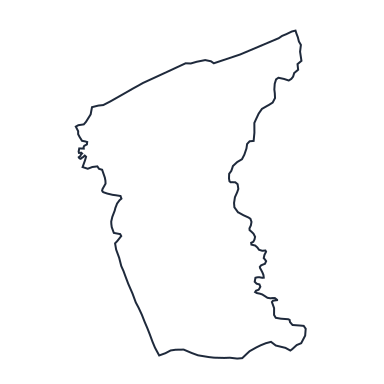 the district of Ekeremor, Bayelsa, Nigeria, rotated 92°
{"feature_id": "59680162B22876202690460", "entity_name": "Ekeremor", "entity_type": "district", "adm_level": 2, "iso_a3": "NGA", "parent_name": "Nigeria", "parent_adm1": "Bayelsa", "projection": "orthographic", "projection_center": [5.719, 4.944], "detail": "fine", "context": "isolated", "style": "outline", "palette": "slate", "viewbox_px": 384, "rotation_deg": 92, "n_neighbors": 0, "source": "geoboundaries", "source_scale": "gbopen_adm2", "svg_char_len": 3205}
<svg xmlns="http://www.w3.org/2000/svg" viewBox="0 0 384 384"><g transform="rotate(92 192 192)"><path d="M356.5,219.1L354.1,213.1L353.5,212.0L351.1,207.8L350.2,202.8L349.8,194.8L352.9,186.7L355.0,180.3L356.4,169.3L356.8,164.1L356.7,153.9L356.3,148.4L356.9,141.0L356.3,136.0L351.7,131.5L349.1,128.9L345.1,122.3L342.7,117.8L340.8,113.5L340.6,113.1L339.0,107.8L342.5,102.9L344.5,93.2L347.0,88.2L345.7,86.5L341.3,82.0L339.3,77.6L331.6,73.9L324.7,73.6L321.9,75.7L321.7,78.9L321.4,86.9L318.6,89.5L316.4,90.0L315.8,91.4L315.5,98.9L314.8,103.9L312.0,105.7L305.2,105.9L299.2,108.3L297.8,107.3L297.1,103.2L296.8,103.2L295.1,105.5L295.2,108.1L295.5,109.8L295.1,112.9L293.4,115.7L291.9,118.3L291.1,121.1L291.1,121.5L290.7,123.8L289.9,125.2L289.8,125.4L288.4,124.6L287.7,122.8L287.3,122.0L286.9,121.7L284.3,120.4L282.0,121.4L281.4,124.2L279.5,126.2L275.5,125.6L275.0,123.9L274.8,121.9L275.3,118.7L275.1,117.3L272.5,117.7L270.0,118.8L267.3,120.3L265.7,121.3L265.2,121.4L264.5,121.6L262.9,120.4L261.8,118.0L261.2,116.6L258.5,115.5L256.6,117.0L255.6,118.0L252.3,117.4L249.1,115.9L247.9,116.6L248.3,119.7L247.4,123.0L245.2,124.7L243.3,127.0L242.5,130.8L240.7,131.1L239.6,129.0L237.3,127.9L234.6,127.4L231.5,129.1L229.6,131.2L228.1,133.1L226.3,133.3L223.3,132.0L219.8,131.5L216.7,132.7L215.5,134.7L213.4,139.8L210.7,145.1L210.7,145.3L205.8,149.1L201.5,149.6L195.7,148.9L190.8,146.9L187.3,145.8L182.6,146.7L181.0,148.8L180.8,149.0L180.8,151.7L180.9,153.7L180.0,154.9L177.2,155.5L172.5,155.5L169.6,153.5L167.1,152.7L164.6,152.0L160.5,147.9L157.5,143.2L152.9,141.0L146.6,139.1L142.1,138.6L139.3,136.2L138.8,132.2L130.6,131.7L120.8,132.1L117.4,130.7L111.3,128.1L106.5,125.0L103.0,119.4L102.6,118.6L99.8,114.5L95.2,112.3L90.4,112.7L86.6,113.3L80.9,113.1L76.5,111.9L74.8,109.6L75.8,104.0L77.2,99.2L75.5,96.7L73.2,95.0L69.5,94.0L66.1,90.2L60.5,91.0L57.1,87.2L48.0,88.9L41.2,88.3L37.9,90.4L33.7,91.6L29.9,93.2L27.1,94.2L28.1,97.8L31.0,103.3L31.8,105.1L32.9,107.5L35.2,110.6L52.9,148.7L62.6,174.7L60.7,177.6L59.7,183.4L61.7,191.9L63.6,197.7L63.6,202.9L67.9,211.4L70.3,216.1L76.1,227.6L84.8,244.9L87.8,249.8L90.7,254.7L97.1,265.0L104.4,276.9L108.2,283.7L108.9,288.6L110.7,294.9L118.0,296.0L125.6,300.4L128.2,302.5L129.2,307.9L130.7,310.4L135.2,307.9L138.2,307.8L141.0,306.2L144.7,303.7L145.1,300.9L145.7,298.5L148.1,298.7L149.6,301.3L151.0,301.9L152.4,301.7L152.4,306.2L155.6,306.7L156.9,306.3L156.6,304.0L157.4,303.2L157.7,303.6L158.7,304.4L159.9,304.8L161.2,306.4L161.9,306.0L162.5,305.2L162.7,304.4L161.8,303.4L160.8,301.9L159.3,300.5L159.5,300.2L160.5,299.1L164.3,300.1L170.9,302.2L172.4,297.0L170.5,292.5L169.7,287.5L172.1,285.7L172.9,282.6L180.7,279.6L183.8,278.9L186.7,278.7L192.1,281.5L193.8,281.9L195.0,281.1L195.4,280.3L196.5,276.7L197.6,271.3L197.9,268.1L198.5,263.3L201.1,262.3L202.7,264.1L206.2,266.5L208.9,267.4L210.5,268.0L213.3,268.6L219.7,270.8L220.8,271.0L224.3,271.7L226.8,271.5L229.9,271.0L235.6,268.7L236.6,262.3L238.5,261.2L243.8,265.1L246.0,267.1L252.2,265.8L260.3,262.5L268.5,260.1L273.4,257.7L278.1,255.8L286.0,252.5L295.6,247.9L304.4,244.3L309.4,241.4L316.5,237.8L323.2,234.9L329.8,231.8L335.8,229.2L342.9,226.3L348.6,223.7L350.7,222.5L356.5,219.1Z" fill="none" stroke="#1e293b" stroke-width="2"/></g></svg>